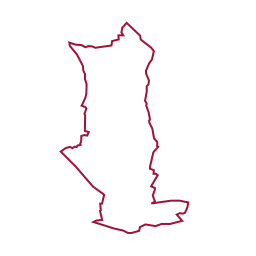 Cork City South Central Lea-6, Cork, Ireland, rotated 188°
{"feature_id": "5873133B95001946419270", "entity_name": "Cork City South Central Lea-6", "entity_type": "district", "adm_level": 2, "iso_a3": "IRL", "parent_name": "Ireland", "parent_adm1": "Cork", "projection": "mercator", "projection_center": [-8.467, 51.868], "detail": "fine", "context": "isolated", "style": "outline", "palette": "rose", "viewbox_px": 256, "rotation_deg": 188, "n_neighbors": 0, "source": "geoboundaries", "source_scale": "gbopen_adm2", "svg_char_len": 1428}
<svg xmlns="http://www.w3.org/2000/svg" viewBox="0 0 256 256"><g transform="rotate(188 128 128)"><path d="M198.0,204.4L197.0,201.2L188.9,193.8L181.5,183.5L180.2,178.6L178.1,175.4L177.5,170.7L175.1,165.5L174.0,156.4L174.5,151.6L177.0,143.6L173.3,142.9L171.9,141.5L173.1,135.9L172.2,134.6L170.3,119.1L166.3,118.5L167.4,114.8L170.3,114.9L173.1,113.6L172.5,108.0L173.2,105.6L172.6,104.7L175.6,103.6L176.2,102.0L178.3,102.1L180.2,100.3L183.0,101.2L187.0,99.4L191.3,95.3L174.6,82.7L154.5,65.1L142.3,58.6L143.2,49.5L145.0,49.2L143.5,42.8L144.2,42.1L140.8,33.4L146.3,32.0L149.1,30.1L127.7,26.5L118.6,25.8L113.6,24.1L110.2,24.4L102.7,27.7L102.3,31.6L97.4,34.9L87.1,34.7L81.2,37.7L73.1,38.8L61.4,43.6L67.7,49.0L65.0,50.8L61.6,50.9L59.8,51.9L58.1,58.0L58.0,62.7L66.9,63.2L75.0,62.1L94.4,56.5L91.0,58.8L94.1,64.6L92.8,70.8L93.0,72.3L97.0,73.5L92.0,85.4L94.2,86.6L96.3,86.2L96.6,89.8L100.7,90.8L100.8,93.1L99.5,107.5L95.5,113.5L96.6,114.1L97.1,118.2L100.8,121.4L103.8,130.7L107.6,136.3L108.1,138.2L107.4,139.4L109.8,146.5L113.0,152.6L113.0,155.0L114.9,157.2L114.5,167.0L115.3,171.9L113.8,174.1L113.9,178.1L117.4,183.8L118.2,187.1L116.1,194.9L113.8,199.3L113.1,207.7L116.3,210.8L127.7,217.4L128.8,221.1L144.0,231.9L147.6,226.5L147.8,221.7L145.6,219.1L150.4,218.4L149.5,214.4L155.8,211.9L155.9,207.4L171.5,202.9L174.6,203.8L178.6,203.6L181.5,202.0L185.4,203.6L191.6,203.3L198.0,204.4Z" fill="none" stroke="#9f1239" stroke-width="2"/></g></svg>